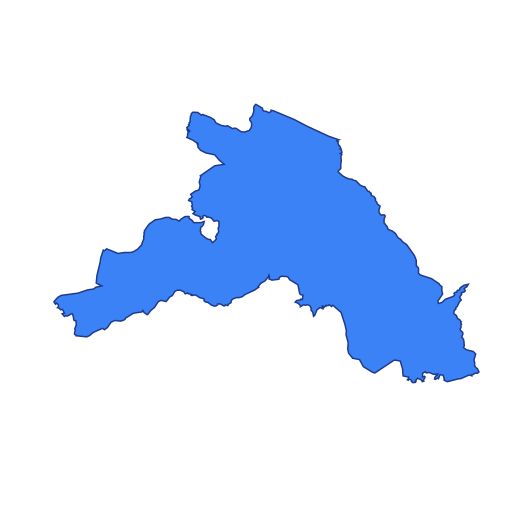 the district of Budureasa, Bihor, Romania, rotated 352°
{"feature_id": "2599482B63741703724977", "entity_name": "Budureasa", "entity_type": "district", "adm_level": 2, "iso_a3": "ROU", "parent_name": "Romania", "parent_adm1": "Bihor", "projection": "natural_earth1", "projection_center": [22.661, 46.683], "detail": "fine", "context": "isolated", "style": "filled", "palette": "blue", "viewbox_px": 512, "rotation_deg": 352, "n_neighbors": 0, "source": "geoboundaries", "source_scale": "gbopen_adm2", "svg_char_len": 6126}
<svg xmlns="http://www.w3.org/2000/svg" viewBox="0 0 512 512"><g transform="rotate(352 256 256)"><path d="M454.6,403.6L456.4,402.5L459.0,402.9L460.7,401.8L459.5,398.3L457.9,396.7L457.2,394.7L457.7,392.4L457.4,389.3L459.9,383.6L457.7,380.7L451.3,378.2L448.8,375.6L450.0,373.1L449.6,372.2L450.0,371.2L449.9,367.3L448.4,364.9L450.1,361.9L450.0,360.4L448.1,358.0L448.0,356.7L449.0,355.6L449.2,353.4L450.0,352.3L449.4,350.6L450.0,349.8L448.8,347.4L446.9,346.0L446.1,342.8L444.2,340.9L443.9,339.6L444.9,337.3L446.4,336.7L446.6,335.1L448.1,334.1L451.3,329.4L453.1,328.2L451.9,325.1L454.3,322.6L454.2,321.0L457.8,320.4L458.4,319.3L457.5,317.6L459.4,316.1L460.3,316.0L462.3,313.5L457.8,313.9L454.2,315.7L453.3,316.5L452.9,317.9L451.1,318.0L450.2,318.6L449.7,319.8L448.3,319.7L446.9,320.5L447.3,322.2L445.7,323.5L437.6,325.1L433.7,327.9L430.1,328.4L429.8,326.0L435.5,319.6L435.2,316.2L435.8,312.2L433.9,310.2L433.4,308.9L426.6,302.8L418.1,298.7L415.9,297.4L414.5,295.7L415.2,291.3L415.0,290.0L413.4,288.0L414.1,282.5L412.9,277.6L406.7,265.6L403.2,262.4L401.5,259.6L399.1,257.6L397.2,253.1L394.3,250.1L390.5,248.0L390.0,245.3L387.4,240.9L388.0,237.3L389.4,234.7L389.4,234.0L388.6,233.0L385.5,232.9L384.0,230.3L384.0,228.0L385.8,223.8L383.2,221.1L383.1,219.4L382.0,218.0L382.3,215.6L381.0,213.5L378.6,212.1L378.7,209.8L377.4,208.9L377.3,207.9L375.8,207.5L373.3,202.5L372.2,202.4L368.9,200.2L365.4,195.4L362.7,194.4L361.7,193.2L359.8,193.0L356.0,191.1L352.7,188.5L349.1,184.1L349.3,183.3L352.1,181.2L352.9,176.1L353.7,173.9L353.9,169.4L355.1,167.3L353.6,166.2L355.5,165.6L355.3,162.8L354.1,161.8L355.0,161.6L354.6,159.9L353.9,158.2L353.3,158.0L352.8,155.4L353.5,154.2L352.0,153.3L352.7,152.5L354.1,152.4L344.6,147.5L324.8,134.7L312.6,126.0L293.6,114.7L291.2,113.7L291.0,115.0L288.7,115.9L286.5,114.3L283.8,113.5L283.1,112.4L282.9,110.5L277.0,105.8L275.4,106.9L274.5,108.5L273.9,112.7L271.8,116.7L268.9,119.1L268.8,120.6L270.0,123.1L270.0,125.5L269.1,128.1L266.9,130.7L262.1,131.6L258.8,131.1L254.3,127.0L252.7,126.4L250.5,126.6L245.8,123.0L243.6,123.2L239.5,121.7L234.8,118.6L233.5,115.2L229.9,112.3L222.8,108.4L221.5,108.9L218.4,105.8L214.1,104.9L213.1,105.0L211.6,106.3L211.4,107.7L210.5,108.6L209.2,114.4L208.4,114.7L208.0,116.7L207.5,116.7L207.7,117.7L205.4,119.1L205.7,120.5L207.4,122.2L207.8,123.3L207.0,123.6L205.7,122.4L206.2,124.3L205.4,125.0L205.0,127.4L204.0,129.0L209.5,132.4L213.1,135.7L213.3,136.6L213.7,136.0L214.2,136.3L213.6,140.1L215.9,143.7L220.8,147.0L229.2,150.0L232.9,155.9L237.3,160.8L227.7,160.9L212.0,168.8L212.4,169.5L210.1,174.9L210.5,178.7L208.7,182.6L204.9,183.3L199.9,185.8L201.0,188.6L199.9,189.6L198.0,190.1L197.0,191.7L199.9,193.3L200.0,196.9L199.1,197.6L199.9,199.7L199.1,201.0L201.9,203.5L199.5,205.3L201.8,207.1L205.9,209.1L206.2,211.8L208.3,211.4L208.9,210.5L208.6,209.6L208.9,209.1L210.6,208.6L212.4,209.8L212.6,210.7L214.3,210.8L217.1,212.2L219.3,215.8L222.2,215.5L224.1,216.6L223.4,222.0L222.4,223.0L222.4,226.6L221.6,228.1L220.2,229.0L220.3,229.9L218.7,230.9L219.2,233.5L217.6,235.0L214.7,236.7L213.1,233.4L210.8,232.7L208.3,230.8L204.5,226.4L204.7,224.2L204.3,223.7L205.3,219.8L206.7,219.2L208.4,217.5L209.5,214.6L205.9,215.3L198.9,214.3L197.8,212.0L195.0,209.4L195.2,207.6L194.4,207.4L191.1,207.1L186.6,209.2L184.7,210.8L181.9,208.6L178.1,207.9L175.5,205.7L172.0,205.2L166.5,206.1L161.3,206.1L155.2,209.2L153.2,210.9L148.9,215.7L149.0,216.8L148.3,217.4L148.3,219.3L147.6,220.5L147.3,223.4L144.8,227.7L144.8,228.6L140.0,232.6L135.8,234.5L132.7,235.1L125.9,234.2L119.8,234.3L109.0,228.1L107.0,229.7L105.6,228.9L101.9,236.5L100.8,240.5L95.8,253.1L94.0,260.6L99.1,264.1L92.9,264.7L90.6,266.1L84.7,266.1L74.6,268.0L57.7,267.9L54.1,269.3L49.7,272.9L50.3,273.9L49.8,274.2L50.9,275.9L52.1,274.9L53.5,276.8L53.3,278.9L52.3,279.6L53.6,280.2L55.1,282.1L57.0,282.0L58.3,285.9L56.0,286.2L57.8,289.2L59.5,288.6L60.4,289.2L61.6,288.9L65.8,287.4L66.3,288.4L66.7,291.2L66.6,293.7L67.0,294.6L68.7,295.0L68.5,299.0L66.4,302.9L66.8,304.1L65.5,307.2L65.5,308.5L67.4,309.7L67.1,310.0L77.0,312.5L80.0,311.7L84.2,309.0L93.9,306.3L95.7,307.9L99.0,306.1L103.1,301.5L107.1,300.2L112.6,301.6L115.4,301.3L117.4,300.5L118.3,299.3L126.6,295.6L135.3,295.5L136.4,294.2L137.2,296.2L139.9,298.9L140.6,298.8L144.4,295.2L148.3,292.8L152.8,287.7L155.6,286.7L160.7,288.6L164.9,284.5L167.7,283.5L170.5,279.9L172.7,279.0L175.9,279.2L179.4,281.2L180.6,283.6L183.4,283.1L183.6,283.9L186.9,285.1L186.3,285.8L186.9,286.2L190.7,286.1L194.3,289.3L198.4,291.1L198.7,291.9L198.3,293.0L199.3,294.3L202.1,295.4L204.8,298.2L207.9,299.9L209.8,299.8L211.4,298.8L211.5,298.1L214.2,298.6L216.9,300.8L218.1,301.0L219.0,300.0L221.1,301.2L222.3,299.8L224.8,298.7L225.3,296.6L227.1,295.3L231.3,294.4L232.7,294.9L236.6,294.4L240.0,292.5L249.7,289.6L254.3,287.3L253.7,286.8L256.8,283.8L261.4,281.9L265.1,278.7L266.2,276.7L266.5,277.7L265.8,280.7L268.5,282.1L275.4,282.2L276.3,280.3L278.5,279.6L283.8,280.7L284.9,281.5L286.0,284.1L293.5,290.3L294.0,299.0L294.5,300.3L297.1,301.4L295.8,305.6L294.1,305.0L293.8,305.6L289.9,305.8L288.4,307.2L291.1,308.6L293.0,311.2L292.9,312.4L296.0,311.0L298.3,311.7L300.1,311.3L302.5,312.8L303.5,315.6L302.9,317.1L304.4,319.6L304.6,323.7L305.9,322.9L308.8,317.9L312.2,315.9L314.8,317.5L314.8,314.8L315.6,315.2L315.8,316.6L318.1,314.8L318.4,315.3L318.8,314.8L320.7,315.1L321.8,314.4L323.7,316.5L325.3,315.5L332.4,323.7L334.5,335.7L335.1,342.4L334.2,346.6L335.2,354.6L333.9,361.1L334.2,365.1L337.5,370.7L344.1,373.0L346.9,380.5L355.0,387.2L357.4,388.4L378.2,378.4L380.1,378.7L384.2,380.1L385.4,388.0L385.0,395.2L390.3,397.2L390.1,398.3L388.7,399.7L389.5,400.2L390.1,399.5L391.4,399.7L392.7,400.7L392.5,402.0L393.8,403.3L396.1,403.3L396.3,402.3L396.9,402.5L397.0,401.4L399.0,399.5L402.1,401.5L402.9,402.3L403.2,403.6L404.7,403.3L404.4,402.7L406.6,399.3L406.1,398.6L404.1,399.0L404.6,395.5L407.4,394.0L408.3,395.4L411.5,395.5L415.4,397.9L419.6,398.2L418.7,399.5L417.2,399.9L416.4,400.9L415.7,402.8L416.4,403.1L419.0,402.2L419.6,402.8L421.7,399.2L424.8,400.1L425.3,403.7L425.0,405.2L428.0,407.1L439.4,405.8L441.6,406.0L450.5,403.5L453.1,404.7L453.2,403.4L454.6,403.6Z" fill="#3b82f6" stroke="#1e3a8a" stroke-width="1.5"/></g></svg>